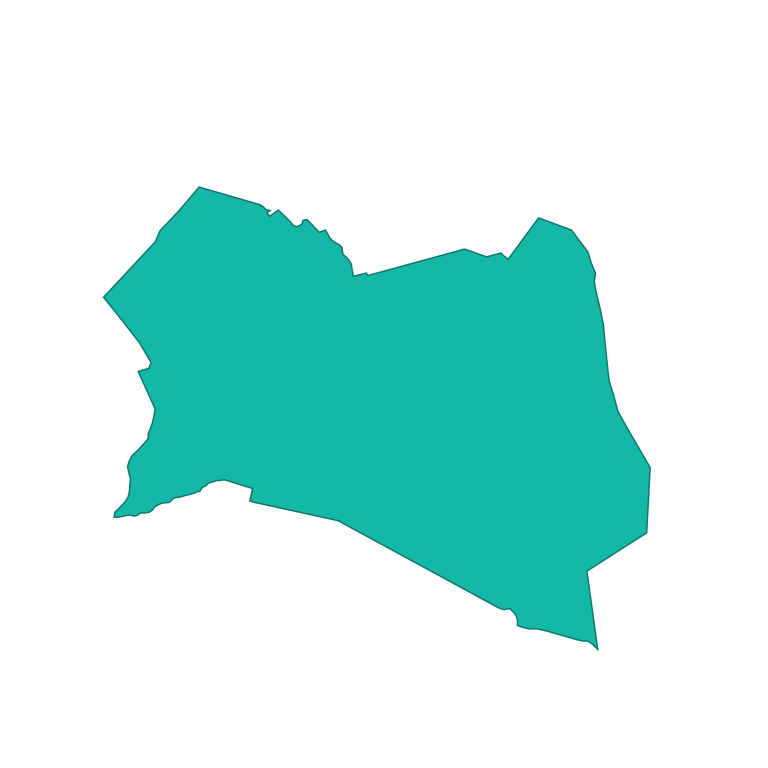 outline of Kluang, Johor, Malaysia, rotated 106°
{"feature_id": "92858781B16858061295144", "entity_name": "Kluang", "entity_type": "district", "adm_level": 2, "iso_a3": "MYS", "parent_name": "Malaysia", "parent_adm1": "Johor", "projection": "robinson", "projection_center": [103.428, 2.052], "detail": "fine", "context": "isolated", "style": "filled", "palette": "teal", "viewbox_px": 768, "rotation_deg": 106, "n_neighbors": 0, "source": "geoboundaries", "source_scale": "gbopen_adm2", "svg_char_len": 1994}
<svg xmlns="http://www.w3.org/2000/svg" viewBox="0 0 768 768"><g transform="rotate(106 384 384)"><path d="M181.7,281.2L230.2,299.1L229.3,301.0L227.6,304.5L225.9,307.7L233.5,320.4L232.1,343.7L284.3,429.6L282.2,431.5L288.9,443.1L280.1,447.5L277.8,448.4L274.7,451.6L272.5,455.1L270.8,459.0L267.9,460.6L264.6,461.8L262.6,465.0L261.7,469.2L260.0,474.0L257.8,477.2L255.0,479.7L252.2,482.9L256.1,488.0L247.1,503.3L249.0,506.9L252.7,506.9L255.0,508.8L256.9,511.3L256.7,514.8L253.8,519.0L245.9,533.4L254.4,540.1L251.6,543.9L248.8,541.3L248.8,545.8L247.1,548.7L245.9,552.5L245.7,616.0L273.4,628.6L274.7,629.2L298.6,641.6L303.5,642.1L310.5,643.1L377.2,677.1L377.9,677.5L391.9,657.7L411.7,630.5L428.1,613.2L430.1,614.1L433.8,614.4L439.7,623.7L471.0,597.2L474.9,596.6L479.4,596.2L485.1,595.9L490.2,596.2L496.9,596.9L500.9,595.6L505.4,597.2L509.6,599.4L517.2,603.3L522.6,606.5L528.8,607.7L534.2,607.7L538.1,605.5L541.8,603.6L544.9,601.7L550.2,600.7L557.3,599.1L563.2,598.8L569.4,600.7L577.9,605.2L581.8,607.4L586.3,606.8L585.8,603.6L584.1,600.4L581.8,596.2L580.1,592.4L579.8,587.6L577.9,584.4L575.1,582.8L573.9,578.4L571.9,574.2L568.6,571.7L564.9,570.4L562.6,568.0L560.4,565.4L558.8,562.7L557.7,559.4L556.8,557.6L554.3,556.2L551.8,554.9L550.5,552.7L549.1,549.2L546.5,545.1L542.2,537.8L540.8,535.7L538.8,533.7L538.2,531.6L535.5,530.8L533.0,529.8L531.6,527.8L529.6,526.5L527.4,525.3L526.0,522.7L524.5,520.2L523.2,519.0L522.2,515.5L521.1,513.3L520.0,511.0L520.7,481.4L533.4,480.8L533.5,476.5L528.0,390.6L567.8,211.2L567.8,206.2L565.2,201.2L567.8,196.2L571.3,192.2L575.3,190.2L579.3,189.2L579.7,184.2L579.3,176.7L577.1,169.3L576.6,160.3L576.6,150.8L576.6,140.8L576.6,132.9L576.6,127.9L576.2,121.9L574.9,117.4L576.6,111.9L580.2,105.4L507.9,137.4L454.6,90.5L391.0,105.1L355.8,141.7L345.5,151.9L331.1,160.4L319.4,168.2L308.3,172.9L284.9,182.3L267.0,189.3L251.9,197.1L235.4,206.4L227.1,210.3L219.5,211.1L210.6,218.1L200.9,224.3L184.4,246.2L181.7,281.2Z" fill="#14b8a6" stroke="#0f766e" stroke-width="1.5"/></g></svg>